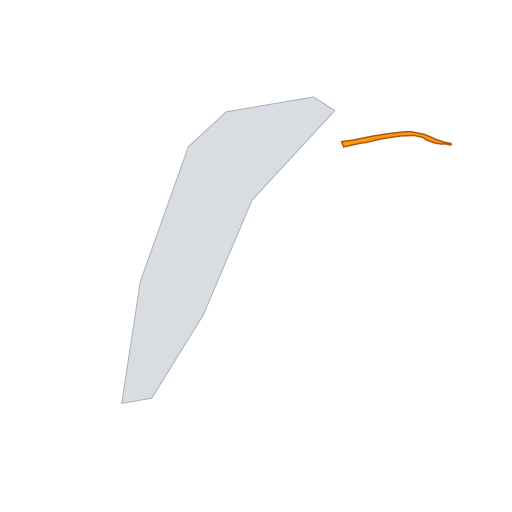 location of Tekavatoetoe, Tuvalu, rotated 210°
{"feature_id": "33948139B21939917075159", "entity_name": "Tekavatoetoe", "entity_type": "district", "adm_level": 2, "iso_a3": "TUV", "parent_name": "Tuvalu", "parent_adm1": "", "projection": "mercator", "projection_center": [179.18, -8.535], "detail": "fine", "context": "in_parent", "style": "filled", "palette": "amber", "viewbox_px": 512, "rotation_deg": 210, "n_neighbors": 0, "source": "geoboundaries", "source_scale": "gbopen_adm2", "svg_char_len": 1059}
<svg xmlns="http://www.w3.org/2000/svg" viewBox="0 0 512 512"><g transform="rotate(210 256 256)"><path d="M354.0,365.9L285.9,422.4L260.5,421.4L287.4,302.2L272.2,178.9L275.2,80.8L298.6,61.2L343.3,175.8L369.2,316.6L354.0,365.9Z" fill="#d9dde1" stroke="#a8b0b8" stroke-width="1"/><path d="M234.7,394.3L228.1,400.3L221.4,406.4L219.3,407.9L217.4,409.4L211.2,415.3L205.2,420.9L202.8,422.8L190.9,432.2L181.6,438.0L178.9,439.7L175.2,440.8L172.0,441.8L170.9,442.0L168.8,441.9L168.1,441.8L167.4,441.6L166.7,441.7L165.9,441.9L164.4,442.0L158.0,443.3L156.4,443.7L155.2,444.1L154.6,444.5L152.8,445.1L151.7,445.4L150.8,446.0L149.6,446.9L147.5,448.0L146.1,448.4L144.4,448.9L143.3,449.3L143.0,449.5L142.8,449.7L142.8,450.0L142.8,450.3L142.8,450.5L143.0,450.8L143.8,450.8L146.0,450.1L148.5,449.2L149.9,448.6L153.3,448.0L160.8,446.6L164.0,446.5L171.3,445.4L179.6,442.6L182.8,441.5L183.8,441.2L186.6,439.7L191.0,436.7L200.4,429.8L205.8,425.5L213.8,419.1L224.4,409.8L230.0,404.8L239.1,397.9L235.6,395.0L234.7,394.3Z" fill="#f59e0b" stroke="#b45309" stroke-width="1.5"/></g></svg>